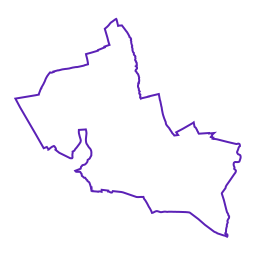 the district of Holboca, Iasi, Romania
{"feature_id": "2599482B94460909484624", "entity_name": "Holboca", "entity_type": "district", "adm_level": 2, "iso_a3": "ROU", "parent_name": "Romania", "parent_adm1": "Iasi", "projection": "robinson", "projection_center": [27.678, 47.181], "detail": "fine", "context": "isolated", "style": "outline", "palette": "violet", "viewbox_px": 256, "rotation_deg": 0, "n_neighbors": 0, "source": "geoboundaries", "source_scale": "gbopen_adm2", "svg_char_len": 5706}
<svg xmlns="http://www.w3.org/2000/svg" viewBox="0 0 256 256"><path d="M129.5,36.8L129.4,36.8L129.2,35.9L127.1,32.2L126.1,31.0L124.5,28.8L121.9,25.4L121.0,25.5L119.7,25.5L118.1,25.9L117.1,21.7L116.5,19.4L116.3,19.0L116.2,18.9L115.0,19.6L112.2,21.7L111.2,22.3L110.1,23.4L108.9,25.0L107.4,26.6L104.8,28.8L107.4,37.6L108.4,41.6L108.9,43.2L109.5,44.9L104.8,46.5L105.0,46.7L105.2,46.9L105.1,47.2L97.9,50.1L97.9,50.7L91.5,52.6L86.0,54.1L86.2,55.2L87.2,59.1L87.9,62.8L88.0,64.3L84.7,65.2L84.1,65.5L83.5,65.7L78.9,66.7L76.8,67.1L76.3,67.0L72.6,67.6L69.1,68.5L67.6,68.7L66.4,68.9L65.8,68.9L62.3,69.4L58.5,70.4L58.1,70.3L53.6,71.5L53.8,71.9L51.9,72.6L51.0,72.7L50.1,72.4L48.9,73.8L47.8,75.3L47.1,76.3L46.0,78.3L45.5,79.4L44.8,81.3L43.8,83.3L43.5,84.0L41.8,86.9L41.1,88.2L41.3,88.3L40.2,90.2L40.1,90.6L40.1,90.8L39.7,91.7L38.9,93.9L38.8,94.6L35.8,95.2L15.4,98.6L20.1,107.4L35.3,133.5L43.7,148.2L46.8,147.0L48.3,149.0L48.4,149.3L48.4,149.6L48.7,149.5L50.6,147.8L52.2,146.7L53.9,146.0L54.4,146.3L55.3,147.5L55.8,148.4L56.0,149.3L55.5,149.8L59.3,152.8L70.2,158.2L71.4,158.3L72.1,158.2L72.4,157.8L72.5,157.5L72.4,155.2L72.4,154.3L72.7,152.8L72.6,151.6L74.3,150.7L75.2,149.2L75.7,148.6L76.6,147.6L79.3,144.0L80.5,142.1L80.6,141.7L80.8,140.5L80.6,139.4L80.3,138.4L79.8,136.8L78.9,133.2L78.8,131.8L78.9,129.9L85.2,129.5L85.8,129.4L86.2,130.9L86.4,132.4L86.5,133.2L86.2,136.2L85.9,139.1L85.9,140.2L86.1,142.2L86.5,143.6L87.5,145.1L88.4,146.6L89.2,147.7L90.2,148.7L91.1,150.5L91.4,152.2L91.3,155.5L90.4,157.1L89.9,158.1L89.5,158.7L88.0,159.7L87.7,159.9L87.4,161.7L86.6,162.9L86.0,163.6L84.8,164.6L82.7,165.1L82.3,165.3L81.9,166.0L81.2,166.6L81.0,167.0L80.8,167.7L80.8,168.1L80.6,168.7L75.2,170.8L75.7,171.5L76.5,171.8L79.0,171.8L79.6,171.7L79.8,171.8L80.3,172.0L80.8,172.9L81.6,173.9L81.7,174.2L81.6,174.7L81.9,175.5L81.9,175.9L82.0,176.0L82.9,176.6L84.0,177.7L84.3,177.8L85.0,177.7L85.2,177.8L86.4,179.6L86.8,179.8L87.3,180.3L87.4,180.9L87.5,181.0L89.2,182.3L89.4,182.6L90.3,185.2L90.8,186.9L90.9,187.2L91.3,187.2L91.1,188.4L91.6,188.4L91.4,190.4L91.5,190.8L92.5,190.8L92.5,191.2L97.8,191.6L98.1,191.8L99.0,191.4L100.6,191.5L101.6,191.8L101.7,189.8L108.2,190.6L108.1,191.5L109.0,191.6L110.1,192.2L111.2,192.6L112.1,192.4L112.8,191.1L121.3,192.0L122.2,192.2L123.1,192.4L136.5,197.0L138.2,197.1L141.5,196.9L141.9,197.0L143.4,196.9L143.8,198.1L144.3,199.2L145.2,200.2L147.1,203.4L148.9,206.9L149.9,208.4L151.2,210.9L152.0,212.9L152.9,212.7L155.5,211.4L156.2,211.2L156.8,211.1L157.5,211.2L160.4,212.1L161.7,212.1L164.0,211.7L165.8,211.7L167.2,211.9L168.9,211.7L179.6,211.9L185.7,212.1L188.1,212.3L189.5,212.5L189.9,212.7L198.4,219.1L204.9,224.8L214.3,231.8L216.7,232.8L217.2,233.3L223.6,235.4L225.0,235.7L227.9,237.1L227.4,236.7L227.3,236.3L227.5,235.3L227.3,234.5L226.9,234.2L225.6,233.9L225.3,233.6L225.3,233.2L225.9,232.3L226.0,231.9L226.1,229.3L226.5,227.4L226.9,226.3L226.8,225.1L227.4,223.2L227.7,222.7L227.8,222.3L227.4,221.2L227.5,220.6L228.4,218.8L228.9,218.2L229.1,217.4L229.1,216.4L229.1,216.2L228.5,215.5L228.3,215.1L228.2,214.3L227.9,213.6L227.0,212.2L226.1,208.9L223.9,200.1L223.1,197.6L221.9,193.9L221.8,193.5L221.9,193.1L222.2,192.6L224.7,189.2L225.3,188.4L225.6,187.8L225.8,186.6L226.5,185.3L229.2,181.5L234.0,174.5L235.4,172.6L235.8,171.6L235.9,170.7L235.8,170.4L235.4,169.9L234.2,168.9L234.2,168.5L234.5,167.6L234.3,166.8L233.8,165.7L233.6,164.4L233.7,163.7L233.8,163.2L234.0,162.7L234.4,162.4L234.8,162.1L235.2,162.0L237.9,162.1L238.7,161.9L239.3,161.6L239.5,161.2L239.7,160.7L240.5,158.2L240.6,157.8L240.6,156.2L240.2,155.2L239.4,154.7L238.3,154.3L237.9,154.0L237.1,152.6L237.1,152.0L237.2,151.6L238.1,149.5L238.7,147.5L239.3,146.6L239.9,146.2L239.9,145.4L239.7,144.5L239.5,144.1L239.1,143.8L238.6,143.7L238.2,143.6L236.8,144.0L236.2,144.0L227.3,141.9L217.0,139.3L214.5,138.9L213.7,139.0L212.6,138.7L213.2,137.6L211.4,137.2L211.6,136.8L211.1,136.7L211.9,135.8L212.1,135.5L212.1,134.8L214.1,133.0L209.1,133.5L209.1,133.0L198.9,133.7L198.2,132.7L197.9,131.7L197.2,130.7L196.9,129.7L196.3,128.8L196.0,128.1L195.6,127.6L194.8,127.0L194.5,126.7L193.7,122.4L192.9,123.0L182.8,128.8L176.2,132.3L178.1,135.0L176.1,135.3L174.3,135.5L173.7,134.6L172.3,133.2L171.4,131.6L170.5,130.4L170.2,129.8L169.6,129.0L169.5,128.6L169.3,128.3L168.7,127.6L167.3,126.0L166.2,124.5L166.1,124.1L165.9,123.5L165.7,122.1L164.1,118.1L163.2,115.3L162.8,113.9L162.0,109.9L161.6,107.1L161.4,106.6L160.3,101.1L159.9,100.0L158.8,94.0L148.7,96.4L148.8,96.6L141.1,98.4L140.9,98.6L140.6,98.1L140.3,97.9L140.2,97.3L140.1,97.2L140.4,96.4L140.2,96.1L140.2,95.7L140.2,95.2L140.1,94.9L140.3,94.5L139.8,94.0L139.5,93.9L139.4,93.6L139.2,93.2L139.3,92.9L139.3,92.0L139.7,91.4L139.4,91.1L139.0,90.4L138.8,90.1L138.9,89.2L138.7,88.4L138.5,88.1L138.4,87.5L138.2,87.3L138.0,86.7L138.0,86.2L138.0,85.5L138.3,84.7L138.2,84.4L138.2,83.7L138.6,83.4L138.4,83.2L138.5,82.7L138.9,82.6L139.0,82.4L138.9,81.8L139.2,81.2L139.2,80.5L139.2,79.9L139.0,78.9L139.0,78.6L139.0,78.3L139.2,77.6L138.7,76.2L138.6,75.4L138.3,75.0L138.1,74.2L137.8,73.9L136.8,72.7L136.6,72.4L136.5,72.0L135.5,70.9L135.7,70.2L135.9,69.7L136.3,69.4L136.8,68.7L137.0,68.5L137.0,68.1L137.0,67.4L136.9,67.1L136.6,66.8L136.3,66.7L135.8,66.2L136.8,65.5L136.9,64.9L136.6,64.3L136.7,63.5L136.8,63.1L136.0,61.9L136.1,61.3L135.8,61.0L135.5,60.8L135.2,60.2L135.1,59.6L135.4,58.9L135.5,58.5L135.2,57.1L135.4,56.5L135.1,55.9L134.0,54.8L133.8,54.1L133.9,53.0L133.0,52.0L132.7,51.0L132.5,50.5L132.5,50.3L132.6,49.7L132.4,49.3L132.4,48.8L132.5,48.6L132.4,48.4L132.4,48.2L131.9,47.1L131.9,46.7L132.2,46.2L132.2,45.7L131.9,45.2L131.7,44.4L131.5,44.0L131.2,42.4L131.2,41.6L131.3,41.3L130.8,40.3L130.8,40.0L131.1,39.6L131.1,39.0L130.8,38.6L130.8,38.3L129.5,36.8Z" fill="none" stroke="#5b21b6" stroke-width="2"/></svg>